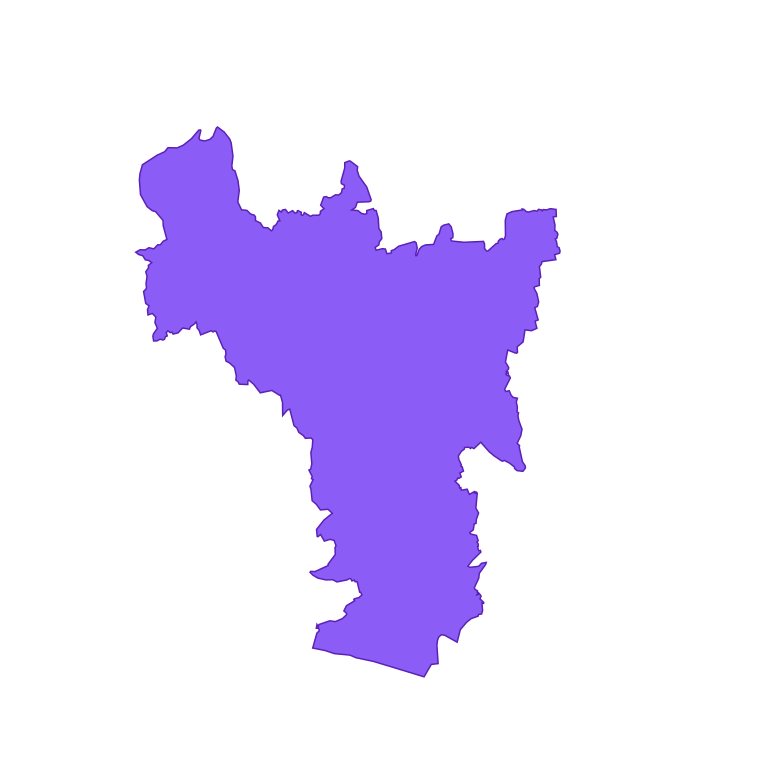 the district of Madaripur, Dhaka, Bangladesh, rotated 165°
{"feature_id": "16705992B87985099055959", "entity_name": "Madaripur", "entity_type": "district", "adm_level": 2, "iso_a3": "BGD", "parent_name": "Bangladesh", "parent_adm1": "Dhaka", "projection": "orthographic", "projection_center": [90.154, 23.231], "detail": "fine", "context": "isolated", "style": "filled", "palette": "violet", "viewbox_px": 768, "rotation_deg": 165, "n_neighbors": 0, "source": "geoboundaries", "source_scale": "gbopen_adm2", "svg_char_len": 6169}
<svg xmlns="http://www.w3.org/2000/svg" viewBox="0 0 768 768"><g transform="rotate(165 384 384)"><path d="M589.7,575.6L587.5,572.6L583.8,570.3L582.4,565.7L579.5,564.3L576.9,561.4L581.0,559.5L581.2,557.4L585.1,554.0L585.0,549.4L587.9,542.6L588.4,538.9L589.2,537.4L592.3,535.6L593.3,523.4L590.7,520.3L593.2,517.1L594.1,511.8L589.5,512.1L587.1,507.6L589.4,502.6L588.5,496.5L593.8,492.0L594.9,489.9L595.4,485.2L592.2,484.4L588.6,485.2L586.1,483.7L584.4,484.0L583.0,486.2L580.9,486.5L581.0,490.0L579.0,491.3L577.3,489.0L575.4,488.9L574.8,486.8L569.6,486.7L564.0,490.2L557.8,487.3L556.0,489.5L551.1,491.3L549.6,492.6L549.1,490.2L550.1,486.7L548.7,483.7L548.4,478.9L537.1,480.2L535.7,478.5L533.8,479.0L532.6,478.2L530.0,460.0L528.3,458.0L528.9,453.8L530.4,451.6L530.7,447.0L527.9,444.5L524.1,438.6L524.6,429.8L526.1,426.1L524.4,424.0L523.9,421.3L515.7,418.7L514.7,422.1L513.6,422.8L510.0,417.6L505.8,407.5L494.0,406.8L487.9,400.2L486.9,400.1L486.8,392.5L490.0,379.8L484.3,383.7L481.5,384.2L481.7,367.1L479.5,364.0L478.8,359.3L475.3,355.1L474.0,351.9L468.4,350.7L467.2,348.6L469.7,341.4L472.4,336.7L474.4,325.6L476.8,320.8L478.8,320.3L477.3,313.3L478.6,311.3L477.2,310.1L482.0,304.4L481.8,301.2L483.6,289.9L480.5,285.3L478.0,278.8L470.5,277.5L467.4,272.5L477.1,268.2L486.8,261.0L488.0,254.1L487.3,253.6L484.2,255.0L482.3,247.7L476.4,247.9L472.7,245.9L472.2,240.3L473.7,238.5L475.2,231.9L484.7,224.4L484.9,223.1L499.2,220.7L503.3,222.0L504.2,221.3L502.1,217.7L498.1,213.6L490.6,209.7L484.3,208.3L480.7,205.0L470.2,204.3L468.5,205.0L466.4,204.4L466.0,202.1L463.4,202.2L463.1,200.5L461.1,200.0L461.4,189.2L460.5,188.9L459.9,186.0L463.5,184.2L468.2,184.2L468.9,183.7L468.5,182.2L477.6,179.6L481.5,175.2L479.7,172.6L479.8,170.9L484.8,168.2L492.3,167.1L497.8,169.3L509.1,168.5L510.4,166.4L511.0,169.0L512.6,165.6L510.4,165.0L510.3,162.5L513.4,160.6L521.2,147.4L509.9,141.8L501.7,136.4L487.2,131.0L481.8,126.8L466.0,118.8L421.1,90.8L410.9,100.9L404.1,99.9L400.5,118.0L398.5,122.9L396.3,125.7L393.4,126.9L390.4,125.6L380.2,115.7L373.9,126.9L366.0,132.4L360.6,134.8L353.1,135.4L352.4,136.9L349.2,136.6L347.4,139.6L346.1,147.1L344.6,146.3L344.2,147.2L346.9,151.6L345.1,154.0L345.8,156.1L346.9,158.1L347.1,156.5L348.8,156.3L347.4,157.8L347.9,159.2L347.3,160.0L349.4,162.4L349.4,163.9L342.7,171.9L341.0,176.4L332.5,183.4L331.4,185.2L336.1,185.6L339.7,183.4L348.5,184.7L350.1,186.3L344.2,190.8L333.9,196.6L334.0,198.3L335.5,198.4L335.8,199.5L335.6,202.9L334.9,202.9L334.4,205.2L335.2,207.2L333.6,208.2L333.8,213.8L339.3,216.8L339.6,218.3L335.5,220.0L333.1,225.5L331.2,225.5L329.8,229.4L326.0,234.9L327.4,240.3L322.2,254.4L322.6,255.4L323.8,254.7L324.7,255.4L323.8,256.2L324.5,256.7L330.1,255.3L330.9,260.9L336.8,261.4L336.6,264.1L337.8,264.0L337.6,266.7L340.6,271.8L338.4,272.4L337.1,274.1L335.9,273.5L333.4,274.3L333.8,278.4L329.8,279.3L329.9,283.8L330.9,284.7L330.2,285.9L331.2,291.8L330.8,295.2L326.6,299.0L323.6,300.1L322.6,301.8L318.4,301.0L317.1,299.3L315.8,300.1L313.8,298.3L305.6,302.7L299.8,291.1L296.1,285.9L290.6,279.6L289.3,278.7L287.7,279.1L283.3,275.2L279.5,270.1L279.7,268.4L277.9,265.9L272.4,263.7L269.1,266.3L268.8,268.6L270.4,273.1L269.7,288.0L269.0,289.4L270.7,292.3L265.3,298.6L262.4,304.6L263.2,313.5L262.9,318.5L261.5,321.3L262.7,322.7L261.1,327.4L260.9,332.3L258.8,335.7L262.8,337.7L264.1,340.3L264.8,345.1L268.3,345.3L268.9,347.6L260.4,357.1L260.7,359.2L262.7,360.2L263.7,362.1L262.5,363.0L261.3,361.5L261.2,363.6L262.7,364.4L260.0,366.1L259.3,367.6L261.0,373.8L255.7,384.8L249.5,380.2L248.0,379.4L246.8,380.1L245.8,385.4L238.7,388.7L233.8,399.8L227.8,397.3L221.9,398.2L221.8,405.6L218.5,406.0L218.6,418.7L215.8,419.2L213.4,423.1L212.9,431.8L214.3,438.1L213.1,438.9L208.4,439.0L206.8,445.6L205.0,446.6L203.5,457.1L200.9,459.1L199.7,461.3L185.8,459.6L185.7,464.7L180.5,464.9L179.5,466.9L179.6,470.4L181.1,471.9L180.5,476.8L181.0,479.8L179.3,480.1L177.3,483.6L177.5,485.6L179.3,488.2L177.7,493.3L177.3,501.6L174.2,501.2L172.6,508.1L177.9,510.3L181.9,510.1L185.1,511.3L186.4,510.3L187.0,511.6L189.6,512.7L191.3,511.3L194.1,512.7L199.9,512.7L201.9,513.7L203.7,516.5L205.2,517.3L205.2,516.3L215.7,517.4L221.2,516.5L224.5,510.7L228.3,495.8L230.0,493.0L231.6,492.7L232.3,494.0L234.5,493.8L236.7,492.3L237.6,490.4L239.3,490.6L249.4,485.5L250.6,486.0L251.8,488.9L250.6,493.3L251.0,496.0L270.1,500.2L281.8,504.7L282.0,507.1L279.7,507.5L278.5,511.0L278.4,518.5L280.0,521.9L285.2,522.0L288.1,521.0L292.1,514.5L294.7,513.3L300.0,506.0L307.9,507.6L312.0,507.0L315.1,505.0L318.9,499.6L320.0,499.7L320.0,500.7L316.7,506.7L316.4,512.1L317.6,513.7L334.1,513.3L339.6,511.1L342.5,510.9L342.9,508.7L347.5,509.1L347.7,514.0L350.4,515.1L357.0,515.3L357.2,518.2L353.0,519.7L351.7,522.5L348.5,525.0L347.4,531.6L348.7,535.5L346.6,545.8L346.7,553.6L348.4,554.2L348.9,556.2L355.8,556.0L356.5,553.1L358.6,552.9L361.8,554.8L364.2,558.2L370.2,560.4L365.9,561.9L362.7,566.5L351.2,563.9L349.4,564.2L348.7,565.3L349.7,578.8L354.3,591.1L354.6,597.3L353.2,600.8L358.9,608.1L360.0,608.5L364.6,608.0L366.1,602.7L373.0,591.0L373.3,588.6L370.8,586.2L371.7,583.4L373.9,583.3L375.5,579.9L378.8,578.3L381.9,579.3L387.4,577.7L389.6,578.3L391.3,580.0L393.9,580.2L398.9,573.1L396.6,568.9L400.7,567.3L401.5,564.9L403.4,563.9L409.1,565.5L411.6,565.0L416.6,570.2L418.0,568.4L419.7,568.1L420.2,569.1L419.4,571.2L422.0,573.6L422.8,573.8L423.8,572.0L425.8,572.2L427.4,575.1L432.3,574.0L434.0,578.1L437.0,578.4L438.7,576.7L440.5,578.9L443.3,575.1L442.4,568.6L444.1,568.9L446.9,565.9L450.0,564.7L451.6,561.8L453.2,561.2L455.7,564.9L460.1,566.4L461.7,571.5L465.8,575.1L464.9,578.8L465.6,580.7L468.8,582.7L471.5,587.2L476.5,589.1L478.1,597.7L473.7,608.4L472.4,618.3L472.8,628.5L474.8,630.3L474.6,633.9L470.9,643.2L469.2,656.6L469.6,660.5L473.2,668.8L478.3,675.3L479.7,674.6L485.0,667.5L488.8,665.4L494.1,665.1L498.5,667.2L499.2,669.1L495.4,676.1L495.5,676.9L497.2,677.2L506.5,670.8L516.2,666.6L522.7,665.6L531.5,668.2L535.8,665.1L543.7,663.8L560.6,658.3L565.3,650.3L567.5,644.4L570.2,629.9L566.9,616.6L563.0,611.4L560.0,609.6L555.1,599.1L556.3,594.1L556.3,579.8L560.2,579.1L564.1,576.3L566.6,577.0L571.3,574.1L575.8,576.5L579.9,575.3L584.8,576.8L589.7,575.6Z" fill="#8b5cf6" stroke="#5b21b6" stroke-width="1.5"/></g></svg>